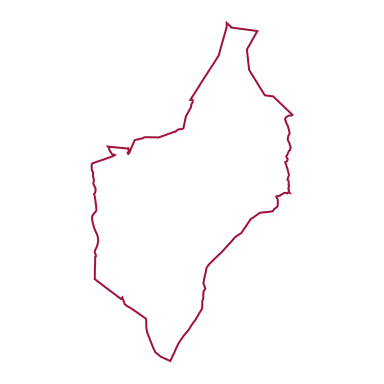 San Sebastián Tecomaxtlahuaca, Oaxaca, Mexico (Albers equal-area conic projection)
{"feature_id": "50627088B84243272648939", "entity_name": "San Sebastián Tecomaxtlahuaca", "entity_type": "district", "adm_level": 2, "iso_a3": "MEX", "parent_name": "Mexico", "parent_adm1": "Oaxaca", "projection": "albers", "projection_center": [-98.086, 17.347], "detail": "fine", "context": "isolated", "style": "outline", "palette": "rose", "viewbox_px": 384, "rotation_deg": 0, "n_neighbors": 0, "source": "geoboundaries", "source_scale": "gbopen_adm2", "svg_char_len": 4141}
<svg xmlns="http://www.w3.org/2000/svg" viewBox="0 0 384 384"><path d="M94.8,279.2L100.0,283.1L100.3,283.3L108.1,289.3L112.4,292.5L113.0,292.9L121.0,299.0L122.3,297.4L124.7,304.2L127.1,306.1L131.1,308.3L134.7,310.8L146.2,318.9L146.4,328.8L147.5,333.4L153.5,348.5L155.3,352.2L160.9,356.8L170.3,361.0L172.0,357.3L174.7,351.7L175.4,349.9L177.0,346.6L178.3,343.7L178.5,343.3L179.3,342.1L179.9,341.2L183.8,335.6L186.8,332.1L188.6,329.9L189.1,329.2L190.6,326.6L192.1,324.4L193.1,322.8L194.6,321.0L194.7,320.8L195.2,320.1L197.4,316.5L198.5,314.5L202.2,308.4L202.2,307.8L202.2,301.5L203.0,299.1L203.1,298.3L203.2,298.0L203.4,297.5L203.2,295.4L203.2,295.1L203.3,294.9L203.5,291.4L204.5,290.0L204.8,289.5L205.3,288.7L205.2,288.3L204.8,287.3L204.5,286.2L203.8,284.6L203.4,283.1L204.4,277.7L205.1,274.8L205.9,271.8L206.4,268.1L208.9,264.5L214.0,259.4L220.4,253.3L221.5,252.3L231.7,241.2L233.7,238.8L235.3,237.0L241.3,233.0L244.0,229.0L245.8,226.5L245.9,226.3L250.7,219.1L254.0,217.0L257.8,214.2L259.9,212.7L265.8,212.2L270.1,211.7L272.9,211.1L273.8,209.7L274.5,208.8L275.6,208.1L276.2,207.6L277.4,206.5L277.7,205.6L277.8,204.6L277.7,203.6L277.9,202.6L277.8,200.8L277.5,198.8L276.2,196.7L276.3,196.5L276.6,196.4L277.2,196.0L277.5,195.9L278.3,196.0L279.5,195.8L280.0,195.7L280.2,195.2L280.3,195.0L280.5,194.9L280.9,194.9L282.0,194.2L284.2,192.9L284.5,192.8L285.0,192.9L285.6,192.9L286.6,193.1L287.1,193.4L287.4,193.4L287.8,192.8L288.1,192.5L288.4,192.5L289.7,192.9L288.8,191.4L288.7,190.9L288.9,190.4L289.0,190.0L288.4,189.0L288.3,188.4L288.5,187.7L289.1,186.6L289.1,186.4L289.1,185.8L289.1,185.5L289.1,185.4L288.5,185.0L288.5,184.6L288.7,183.9L288.7,182.8L288.8,181.7L288.6,181.1L287.6,179.9L287.5,179.6L287.8,178.5L288.0,177.8L288.1,177.5L288.4,176.7L288.8,175.6L289.0,175.0L288.8,174.2L288.6,173.2L288.3,172.4L288.1,171.6L287.7,170.0L287.4,168.5L286.9,167.1L286.1,164.9L285.7,164.1L285.2,162.3L286.4,161.5L287.2,160.9L287.7,159.0L286.8,157.8L286.2,156.4L287.2,155.0L287.9,153.4L288.4,152.0L289.3,150.5L290.1,150.0L290.0,149.1L290.7,148.0L290.5,146.6L289.8,145.0L289.6,143.5L288.4,141.3L287.7,139.4L287.9,138.0L288.2,136.3L288.8,135.1L289.7,133.2L288.3,127.5L287.6,125.4L287.3,125.1L287.0,124.8L286.3,122.7L286.0,121.9L285.5,120.6L285.1,119.6L285.3,118.5L285.7,117.7L286.6,117.0L287.6,116.3L289.3,115.5L290.7,115.5L291.6,115.4L292.4,114.8L284.9,107.6L282.8,105.6L273.2,96.4L270.6,96.1L264.8,95.3L258.6,85.3L257.2,83.0L249.7,70.8L249.1,69.5L247.9,58.7L246.9,49.5L248.7,46.4L255.5,34.3L257.4,31.1L257.2,31.0L246.8,29.6L234.7,28.0L231.0,27.5L231.0,26.8L230.7,26.5L226.7,23.0L226.7,26.9L224.7,34.1L222.5,41.7L221.2,46.4L218.7,55.4L216.8,58.5L210.2,68.8L209.0,70.6L201.2,82.7L198.1,87.7L193.6,94.8L190.4,99.8L192.6,100.0L192.7,102.3L192.3,102.8L191.5,104.2L191.2,105.2L191.2,105.7L191.2,106.1L191.0,106.8L190.9,107.5L190.5,108.0L186.2,115.8L185.9,116.4L183.4,128.5L182.0,128.9L178.0,129.5L176.2,131.0L175.0,131.9L174.7,131.7L158.9,137.4L145.8,137.2L145.4,137.3L144.4,137.3L142.5,138.4L140.8,138.6L139.8,138.9L136.1,139.7L134.6,140.3L129.1,153.1L128.2,153.9L128.0,153.6L127.6,153.0L127.9,152.6L128.1,152.4L128.3,152.4L128.4,151.9L128.6,151.9L128.8,151.8L128.7,151.7L128.7,151.4L128.5,151.2L128.8,150.8L128.8,150.5L128.9,150.2L128.5,149.5L128.3,149.2L128.2,148.8L128.3,148.5L128.4,148.3L128.1,148.1L127.5,148.6L125.3,148.3L107.9,146.6L108.4,147.2L109.2,148.3L109.2,149.6L110.3,151.7L111.0,152.3L111.7,153.7L112.5,154.7L113.9,154.5L114.9,155.0L113.0,156.2L100.9,160.4L92.5,163.3L91.7,164.4L91.6,165.6L91.7,166.9L91.7,169.1L92.3,171.1L93.2,172.6L93.1,174.2L93.0,175.2L93.0,176.0L93.3,177.7L93.8,178.7L93.7,180.2L93.7,181.8L93.3,183.6L94.0,185.5L94.9,186.8L95.3,187.5L95.6,188.6L95.4,189.6L95.6,190.5L95.1,192.7L94.1,193.9L94.9,197.3L95.3,199.8L95.4,200.3L95.6,202.9L95.9,204.2L96.4,209.5L96.2,210.5L95.5,211.9L94.7,212.7L93.2,214.4L92.2,216.2L92.1,218.9L92.3,220.9L93.1,223.7L93.6,226.0L94.2,228.0L95.1,230.2L95.9,232.2L96.9,234.0L97.8,236.8L98.0,239.3L98.1,241.2L97.7,243.7L97.3,245.3L96.4,247.7L95.6,249.2L94.7,251.2L94.8,252.8L95.7,254.4L95.9,256.3L95.2,256.8L95.1,264.8L94.9,266.4L94.8,277.1L94.8,279.2Z" fill="none" stroke="#9f1239" stroke-width="2"/></svg>